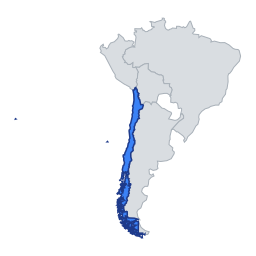 Chile highlighted, Mercator projection
{"feature_id": "CHL", "entity_name": "Chile", "entity_type": "country or territory", "adm_level": 0, "iso_a3": "CHL", "parent_name": "South America", "parent_adm1": "", "projection": "mercator", "projection_center": [-72.304, -36.699], "detail": "fine", "context": "with_neighbors", "style": "filled", "palette": "blue", "viewbox_px": 256, "rotation_deg": 0, "n_neighbors": 4, "source": "natural_earth", "source_scale": "50m", "svg_char_len": 10867}
<svg xmlns="http://www.w3.org/2000/svg" viewBox="0 0 256 256"><path d="M138.4,221.3L141.1,227.4L145.0,230.5L149.2,231.8L147.8,234.4L145.0,234.7L143.4,232.8L138.4,232.7L138.4,221.3ZM171.6,129.6L170.0,136.0L170.1,139.6L169.4,140.4L169.0,144.6L172.8,147.8L172.4,150.3L174.3,152.0L174.1,153.8L171.2,158.7L166.8,160.7L160.7,161.5L157.4,161.1L158.0,163.5L157.4,166.4L158.0,168.4L156.2,169.8L153.1,170.4L150.2,168.9L149.0,169.9L149.4,174.0L151.5,175.2L153.1,173.9L154.0,176.0L151.2,177.3L148.8,179.9L148.4,184.1L147.7,186.3L144.8,186.4L142.4,188.6L141.6,191.8L144.5,195.0L147.4,195.9L146.4,199.9L142.8,202.5L140.9,207.9L138.1,209.8L136.9,212.0L137.9,217.0L139.9,219.8L128.5,218.2L127.3,215.3L127.3,211.7L125.3,212.0L124.2,210.3L124.0,205.4L126.3,203.3L127.2,200.4L126.9,198.2L128.5,194.4L129.6,188.6L129.3,186.1L130.6,185.3L130.3,183.7L128.9,182.8L129.9,181.1L128.5,179.5L127.8,174.8L129.0,173.9L128.5,169.0L130.0,161.5L131.8,160.1L130.9,156.3L130.9,152.9L133.2,150.4L133.1,147.3L134.8,143.7L134.8,140.4L134.1,139.8L132.7,133.6L134.5,130.0L134.2,126.6L135.3,123.5L137.3,120.3L139.4,118.2L138.5,116.9L139.1,115.8L139.1,110.2L142.3,108.6L143.4,105.2L143.0,104.3L145.5,101.4L149.5,102.2L151.2,104.5L152.4,101.9L155.9,102.1L161.9,108.1L164.3,108.6L168.0,111.0L171.1,112.3L171.6,113.8L168.6,118.9L175.0,120.4L177.4,119.8L180.2,117.2L180.6,114.3L182.1,113.6L183.6,115.6L183.6,118.3L179.0,121.5L171.6,129.6Z" fill="#d9dde1" stroke="#a8b0b8" stroke-width="1"/><path d="M184.4,142.2L183.6,140.2L184.9,138.4L183.2,136.0L177.7,131.8L176.6,131.9L173.6,129.2L171.6,129.6L179.0,121.5L183.6,118.3L183.6,115.6L182.1,113.6L180.6,114.3L181.6,110.4L181.6,108.6L180.6,108.0L179.4,108.5L178.3,108.4L177.7,104.1L177.1,103.1L175.1,102.2L173.8,102.9L170.7,102.2L170.9,97.8L170.0,96.0L170.9,95.4L170.6,93.6L171.4,92.2L172.0,89.7L171.3,87.7L169.6,86.8L169.3,85.6L169.7,83.7L164.0,83.6L162.8,80.0L163.7,79.9L162.9,75.9L161.2,74.9L159.3,75.0L156.0,73.5L154.8,72.3L151.4,71.8L148.1,69.0L148.3,63.5L144.4,64.0L140.2,66.4L139.5,67.3L135.7,67.1L134.0,67.7L132.6,67.3L132.8,62.7L130.4,64.5L127.7,64.4L126.5,62.7L124.5,62.6L125.2,61.3L123.5,59.4L122.3,56.7L123.1,56.1L123.0,54.8L124.9,53.9L124.6,52.3L125.3,51.2L125.6,49.8L129.0,47.8L131.9,46.7L134.6,46.9L136.0,37.3L135.6,35.6L134.2,34.5L134.2,32.3L135.9,31.8L136.5,32.1L136.6,30.9L134.9,30.6L134.8,28.7L140.7,28.8L141.7,27.8L143.1,30.5L143.7,30.1L145.4,31.7L147.7,31.5L148.3,30.6L151.8,29.4L152.1,28.1L154.3,27.3L154.1,26.6L151.6,26.4L151.3,22.4L149.9,21.7L150.5,21.4L155.1,22.5L156.0,21.8L161.5,20.2L162.6,19.1L162.2,18.2L163.8,18.1L164.5,18.8L164.1,20.1L165.1,20.6L165.8,22.0L165.0,23.0L164.5,25.6L165.5,28.5L167.4,29.9L168.8,30.1L169.2,29.5L171.5,28.8L172.5,28.0L176.5,28.4L176.6,26.3L179.2,26.3L182.3,27.6L183.2,26.7L183.9,26.9L184.3,27.7L185.7,27.5L186.9,26.3L189.6,21.4L190.6,21.2L193.1,28.2L194.7,28.7L194.8,30.7L192.5,33.2L193.4,34.1L198.8,34.6L198.9,37.6L201.2,35.7L210.0,38.6L211.4,40.4L210.9,42.0L214.4,41.1L220.3,42.7L224.8,42.6L229.3,45.1L233.1,48.5L235.4,49.3L238.0,49.5L239.1,50.4L240.6,56.1L239.4,61.1L233.7,67.4L231.7,70.9L229.5,73.6L228.7,73.6L227.9,75.9L228.1,81.8L227.0,88.7L226.0,89.9L225.5,94.2L222.4,98.4L221.9,101.7L219.5,103.1L218.8,105.1L215.5,105.1L210.7,106.4L208.6,107.8L205.2,108.8L201.7,111.4L199.1,114.7L198.7,117.2L199.2,119.1L197.9,124.2L195.8,126.1L192.5,132.3L187.8,136.7L186.4,140.1L184.4,142.2Z" fill="#d9dde1" stroke="#a8b0b8" stroke-width="1"/><path d="M135.7,67.1L139.5,67.3L140.2,66.4L144.4,64.0L148.3,63.5L148.1,69.0L151.4,71.8L154.8,72.3L156.0,73.5L159.3,75.0L161.2,74.9L162.9,75.9L163.7,79.9L162.8,80.0L164.0,83.6L169.7,83.7L169.3,85.6L169.6,86.8L171.3,87.7L172.0,89.7L171.4,92.2L170.6,93.6L170.9,95.4L170.0,96.0L169.9,95.1L167.1,93.4L164.3,93.4L159.0,94.3L157.6,97.1L157.5,98.9L156.3,102.8L155.9,102.1L152.4,101.9L151.2,104.5L149.5,102.2L145.5,101.4L143.0,104.3L140.8,104.8L139.6,100.3L138.0,96.7L139.0,93.6L137.4,92.2L137.0,89.9L135.5,87.8L137.4,84.4L136.1,81.7L136.8,80.7L136.3,79.5L137.4,78.0L137.7,73.1L138.3,72.1L135.7,67.1Z" fill="#d9dde1" stroke="#a8b0b8" stroke-width="1"/><path d="M134.6,46.9L131.9,46.7L129.0,47.8L125.6,49.8L125.3,51.2L124.6,52.3L124.9,53.9L123.0,54.8L123.1,56.1L122.3,56.7L123.5,59.4L125.2,61.3L124.5,62.6L126.5,62.7L127.7,64.4L130.4,64.5L132.8,62.7L132.6,67.3L134.0,67.7L135.7,67.1L138.3,72.1L137.7,73.1L137.4,78.0L136.3,79.5L136.8,80.7L136.1,81.7L137.4,84.4L134.7,89.4L133.2,90.2L130.1,88.4L129.9,87.1L123.9,83.9L116.2,78.6L114.9,76.0L115.4,75.1L112.8,71.0L104.8,55.7L100.4,52.4L101.3,51.1L99.9,48.2L100.8,46.1L103.2,44.2L103.6,45.4L102.7,46.2L102.8,47.3L105.3,47.4L106.5,48.9L108.2,47.6L108.8,45.6L110.6,43.0L114.3,41.8L117.6,38.6L118.5,36.7L118.1,34.4L118.9,34.1L123.2,37.7L125.0,40.9L127.3,41.2L128.9,40.4L130.0,41.0L131.8,40.7L134.1,42.1L132.2,45.2L133.1,45.3L134.6,46.9Z" fill="#d9dde1" stroke="#a8b0b8" stroke-width="1"/><path d="M133.0,90.2L134.5,89.8L134.9,89.1L134.7,88.2L135.8,87.5L136.3,88.9L137.0,89.3L137.4,92.2L138.9,93.7L138.2,94.6L138.6,95.4L138.0,95.8L138.0,96.8L138.8,97.5L138.6,98.4L139.7,99.7L140.7,104.6L142.7,104.6L143.3,105.2L142.3,108.6L139.6,109.8L138.6,111.0L139.2,112.1L138.5,113.2L139.1,115.7L138.5,116.7L139.3,118.4L137.8,119.0L136.8,121.7L135.3,123.3L134.8,125.7L134.2,126.5L134.4,129.1L134.7,129.4L134.4,130.1L133.8,130.1L133.3,132.4L132.7,132.8L132.5,134.3L133.5,135.7L133.2,136.1L134.2,139.0L134.0,140.2L134.8,140.4L134.7,143.9L134.1,144.1L133.1,147.2L132.6,147.6L133.0,148.6L133.1,150.6L131.1,152.4L130.7,153.6L130.8,157.1L131.7,160.0L131.4,160.8L130.1,161.6L129.6,164.2L129.1,164.3L129.3,165.8L128.8,166.4L129.2,167.0L128.4,168.8L128.5,172.3L129.0,173.9L127.9,174.7L127.8,176.1L127.9,178.1L129.0,178.8L128.5,179.2L129.2,181.7L128.8,183.6L130.6,183.8L130.8,184.3L130.5,185.2L128.1,185.2L128.1,185.8L129.5,186.1L130.2,187.2L129.7,188.4L129.0,188.7L129.4,190.3L128.6,191.2L129.2,193.3L128.4,194.1L128.5,195.8L127.2,197.1L126.7,198.8L127.4,200.4L126.4,201.7L126.4,202.9L125.1,204.0L124.8,205.3L123.8,205.3L123.5,206.6L123.7,209.1L124.8,212.0L126.7,211.4L127.2,211.8L127.3,214.7L127.0,215.9L128.3,217.9L134.4,218.2L138.9,219.5L136.6,219.1L135.4,220.4L131.9,221.9L131.3,227.0L130.4,227.5L127.7,226.3L127.0,224.8L128.4,224.2L128.8,225.1L128.6,225.7L128.9,225.5L129.0,224.2L130.4,223.2L130.6,222.1L130.1,221.9L127.4,223.7L126.6,225.4L125.1,224.3L126.1,221.9L126.9,222.1L127.9,221.3L129.7,221.1L126.1,220.8L124.9,223.4L123.3,222.3L124.5,221.6L124.9,220.5L123.5,221.5L122.2,221.3L122.1,220.1L121.3,218.7L122.7,219.3L123.2,218.5L124.4,218.9L125.8,217.9L126.5,219.1L126.1,219.9L126.7,219.4L126.4,218.2L126.8,217.4L126.6,216.7L124.7,215.5L126.4,217.1L123.7,218.3L123.0,217.1L121.6,216.6L122.4,216.3L122.4,214.6L119.8,213.6L118.9,211.8L120.1,211.7L119.9,210.7L120.3,210.2L121.1,210.8L121.8,212.4L122.8,213.0L123.4,211.6L123.3,210.9L122.3,212.4L121.6,211.4L121.7,210.8L122.4,210.9L120.3,209.4L121.2,208.4L122.3,208.5L121.2,207.5L121.3,206.7L122.7,206.7L121.9,205.9L122.4,204.0L121.5,206.2L121.1,205.7L121.2,202.0L122.2,201.5L120.8,201.4L120.5,199.3L124.1,200.0L123.4,199.3L123.1,197.8L122.4,199.0L121.5,199.2L120.2,198.0L120.6,197.4L121.5,197.9L121.8,197.5L120.8,196.8L121.7,195.7L121.3,193.9L120.7,194.4L119.2,193.7L119.2,192.7L117.6,193.5L117.9,194.6L117.1,193.6L119.4,191.2L119.0,190.0L121.7,189.5L121.8,188.3L122.3,187.9L122.7,188.1L122.2,190.7L121.0,191.4L122.3,191.2L122.6,189.8L123.0,189.7L123.1,190.8L122.4,192.8L122.7,193.0L123.4,190.1L123.0,189.2L123.0,188.2L124.4,187.7L125.4,188.1L123.9,187.2L124.0,186.6L126.2,184.5L126.2,183.8L124.4,182.7L124.6,181.5L125.0,181.4L125.2,180.4L125.0,179.1L126.0,178.0L125.7,176.4L125.9,175.8L126.3,175.8L125.9,174.8L126.3,174.5L127.0,175.3L126.7,173.6L125.8,173.3L127.2,172.3L127.3,171.7L126.6,172.5L125.4,171.8L124.5,172.8L123.0,172.7L123.4,172.0L122.7,171.5L122.3,169.6L123.2,165.6L124.0,164.9L124.5,162.7L123.7,159.9L123.8,158.1L123.2,156.8L123.2,155.4L123.4,154.9L124.6,154.8L124.9,153.0L126.5,149.5L126.4,148.9L127.6,147.1L128.2,143.6L129.3,141.8L129.0,139.8L129.9,138.2L129.1,131.0L129.2,130.0L130.1,129.3L130.3,127.6L129.7,125.1L130.7,123.2L132.3,116.3L132.1,114.4L132.9,112.6L132.5,110.6L133.1,107.1L132.5,106.0L133.3,104.7L134.0,100.3L133.8,94.5L133.0,90.2ZM138.4,221.3L138.3,232.6L135.8,232.6L135.1,231.8L132.8,232.3L128.5,231.3L128.9,230.4L131.0,230.4L131.9,229.8L132.2,230.6L133.3,230.9L131.7,228.7L131.7,227.5L132.3,227.2L132.2,226.7L132.7,226.2L133.1,228.1L132.4,228.2L132.7,228.8L133.8,230.1L135.1,229.7L136.5,231.0L137.2,230.2L134.3,228.7L133.8,227.6L134.0,226.7L136.2,225.2L133.3,225.0L132.9,223.5L133.9,222.8L133.1,221.8L134.5,222.2L136.0,220.5L136.8,221.4L138.4,221.3ZM122.9,179.2L121.0,178.8L121.6,177.3L122.1,172.9L123.6,173.3L124.0,174.5L123.6,175.0L123.8,175.6L122.9,176.1L123.9,177.5L123.0,178.5L122.9,179.2ZM120.6,202.8L120.8,207.1L120.4,208.6L119.9,208.6L119.6,207.3L120.0,205.8L119.3,206.4L119.0,207.8L117.5,207.6L117.6,206.8L118.2,206.8L118.3,206.2L117.8,205.5L118.9,205.1L118.6,204.6L119.4,203.7L119.5,202.7L120.6,202.8ZM134.6,232.7L138.9,233.1L139.1,233.6L138.5,234.2L139.5,234.7L140.2,236.7L137.7,235.7L137.6,234.6L136.7,234.2L136.2,234.9L136.7,235.8L136.1,235.7L134.3,234.1L134.6,232.7ZM123.1,183.1L122.2,184.5L123.0,187.3L121.9,187.6L121.9,187.0L120.4,184.7L120.7,184.0L121.9,183.6L122.2,182.6L123.1,183.1ZM123.9,225.1L125.6,226.0L126.8,226.0L127.6,227.2L127.0,228.2L125.6,228.8L125.4,228.5L125.9,227.5L125.1,227.3L125.0,228.1L124.6,228.1L124.3,226.8L122.7,225.8L123.9,225.1ZM128.3,227.6L131.2,228.7L131.2,229.4L130.8,230.1L129.8,229.3L128.4,229.7L127.6,228.4L128.3,227.6ZM143.1,234.1L142.3,234.9L141.8,234.3L140.1,234.5L139.4,233.2L142.6,233.2L143.1,234.1ZM120.5,202.0L119.4,202.2L118.5,199.5L119.7,198.7L120.5,202.0ZM118.7,202.2L117.3,202.8L117.2,202.0L117.6,200.8L117.5,199.7L118.0,199.4L118.7,202.2ZM125.3,185.3L124.0,185.2L123.9,184.7L124.4,183.4L125.9,184.1L125.3,185.3ZM119.7,216.3L119.9,217.3L120.6,217.9L120.1,219.5L119.6,219.4L118.9,217.1L119.7,216.3ZM120.1,221.8L123.3,223.4L124.8,224.9L121.4,223.5L120.1,221.8ZM121.5,188.8L120.1,189.0L121.3,186.9L121.5,188.8ZM129.9,232.8L131.9,233.2L133.0,232.9L133.4,233.9L132.8,234.3L129.9,232.8ZM118.9,203.1L118.0,204.6L117.3,204.8L117.7,204.3L117.4,203.2L118.9,203.1ZM119.7,209.5L118.4,210.3L117.8,210.1L118.2,208.6L119.6,209.0L119.7,209.5ZM120.5,214.6L120.3,215.2L119.1,215.2L118.3,216.3L118.7,214.6L120.5,214.6ZM118.9,210.9L117.9,212.0L117.9,210.8L118.9,210.9ZM123.3,185.4L122.8,184.7L122.9,184.3L123.3,184.5L123.3,185.4ZM121.8,217.5L121.2,217.6L120.8,216.8L121.8,217.5ZM119.5,198.2L118.4,198.3L119.4,198.1L119.5,198.2ZM142.2,236.5L142.3,237.5L141.6,237.1L142.2,236.5ZM122.8,181.2L122.3,181.6L121.8,181.4L121.8,181.2L122.8,181.2ZM141.8,237.8L140.8,237.9L141.8,237.8ZM144.8,234.2L144.7,234.8L144.4,234.6L144.8,234.2ZM15.8,119.0L15.4,119.1L15.5,118.8L15.8,119.0ZM107.7,141.8L107.2,141.8L107.5,141.5L107.7,141.8ZM120.2,180.3L119.8,180.4L119.7,180.2L120.0,180.0L120.2,180.3Z" fill="#3b82f6" stroke="#1e3a8a" stroke-width="1.5"/></svg>